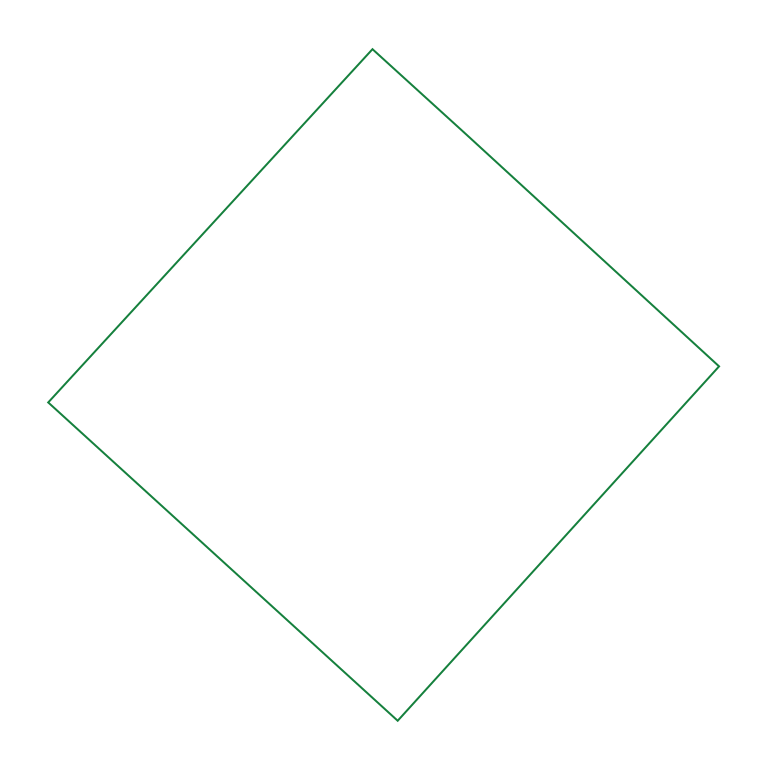 the district of Fisher, Texas, United States of America, rotated 42°
{"feature_id": "52423323B51130731271508", "entity_name": "Fisher", "entity_type": "district", "adm_level": 2, "iso_a3": "USA", "parent_name": "United States of America", "parent_adm1": "Texas", "projection": "robinson", "projection_center": [-100.464, 32.743], "detail": "fine", "context": "isolated", "style": "outline", "palette": "green", "viewbox_px": 768, "rotation_deg": 42, "n_neighbors": 0, "source": "geoboundaries", "source_scale": "gbopen_adm2", "svg_char_len": 237}
<svg xmlns="http://www.w3.org/2000/svg" viewBox="0 0 768 768"><g transform="rotate(42 384 384)"><path d="M151.4,142.9L146.8,622.4L619.5,625.1L621.2,146.7L276.9,143.5L151.4,142.9Z" fill="none" stroke="#15803d" stroke-width="2"/></g></svg>